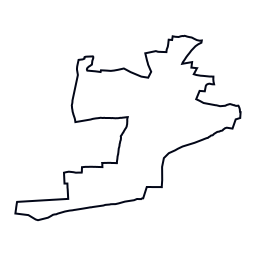 Kaua, Yucatán, Mexico
{"feature_id": "50627088B46621224657195", "entity_name": "Kaua", "entity_type": "district", "adm_level": 2, "iso_a3": "MEX", "parent_name": "Mexico", "parent_adm1": "Yucatán", "projection": "mercator", "projection_center": [-88.435, 20.599], "detail": "fine", "context": "isolated", "style": "outline", "palette": "ink", "viewbox_px": 256, "rotation_deg": 0, "n_neighbors": 0, "source": "geoboundaries", "source_scale": "gbopen_adm2", "svg_char_len": 4916}
<svg xmlns="http://www.w3.org/2000/svg" viewBox="0 0 256 256"><path d="M201.8,40.5L199.6,40.7L196.9,40.1L194.6,39.0L193.2,38.3L192.4,37.8L191.2,37.4L189.9,37.2L189.0,37.0L187.2,36.6L185.4,36.0L184.5,35.8L183.7,36.1L182.5,36.0L180.7,36.3L179.6,36.7L178.6,37.0L175.4,36.8L172.7,36.3L172.1,40.0L168.7,39.7L168.6,40.2L168.6,40.6L168.2,44.2L167.8,46.7L166.7,49.6L166.4,52.1L158.1,51.8L155.9,51.1L145.3,53.3L147.1,60.9L147.7,62.8L148.1,64.6L151.2,71.8L150.5,73.1L148.2,77.7L141.3,76.6L130.6,72.1L123.9,68.5L118.1,69.8L114.8,70.4L114.4,70.5L110.8,70.9L106.7,70.6L101.0,70.3L100.6,72.0L95.2,71.3L87.3,70.6L86.9,69.7L87.0,68.8L87.3,68.1L88.3,67.1L89.3,66.3L89.9,66.0L90.5,65.6L91.2,65.0L91.9,64.6L92.2,62.2L92.3,61.0L92.9,59.2L93.2,58.4L93.3,57.0L92.9,56.4L87.8,56.6L85.9,56.7L84.6,57.1L84.4,57.4L84.6,58.0L84.4,58.7L82.7,59.4L78.6,59.9L77.2,66.4L77.0,68.5L77.0,69.7L77.9,75.0L72.5,100.4L72.4,102.4L72.2,103.6L72.1,104.1L72.0,104.4L71.9,105.1L71.8,105.7L71.9,106.1L72.0,106.7L72.0,107.1L72.0,107.3L72.1,108.3L72.5,110.4L72.5,110.9L72.9,112.7L73.2,113.4L73.4,114.6L73.7,115.2L73.9,115.9L74.1,116.5L74.4,117.3L74.8,118.6L75.0,119.4L75.3,121.5L75.4,122.1L90.7,119.5L92.7,118.9L95.8,118.4L98.7,118.1L99.0,118.0L99.5,118.0L100.2,117.8L100.7,117.8L101.1,117.9L102.0,117.9L102.6,118.0L103.2,118.0L104.1,117.8L105.1,118.0L105.9,118.0L106.9,118.0L107.6,118.0L108.1,118.0L108.6,118.0L109.1,118.0L110.0,118.0L111.0,118.1L111.6,118.1L112.1,118.0L112.9,118.1L114.7,118.2L114.9,118.2L115.7,118.3L116.3,118.2L117.0,118.2L117.9,118.2L118.7,118.1L119.4,118.0L120.2,117.8L120.7,117.9L122.0,117.8L123.0,117.6L123.4,117.6L124.4,117.5L124.9,117.4L125.3,117.4L126.3,117.2L126.6,117.3L127.0,117.2L127.7,117.1L127.8,117.1L127.7,117.5L127.4,118.3L127.2,119.7L127.3,120.3L127.2,120.8L127.3,121.3L127.2,122.3L127.2,123.3L127.1,124.2L127.1,124.6L126.8,125.5L126.8,126.1L126.3,127.4L125.9,128.1L125.3,128.9L125.0,129.4L124.7,130.0L124.4,130.4L124.0,131.1L123.7,131.6L123.5,132.0L123.4,132.4L123.3,132.6L122.9,132.9L122.5,133.5L122.3,133.9L121.8,134.9L121.6,135.1L121.2,135.5L121.0,135.9L120.8,136.2L120.9,136.4L120.9,136.6L121.0,137.6L121.0,138.0L120.9,138.7L120.8,139.9L120.6,140.4L120.4,141.0L120.3,141.3L120.2,141.6L120.0,142.9L119.8,143.6L119.6,144.3L119.6,144.7L119.6,145.1L119.5,145.6L119.4,146.2L119.2,147.2L118.8,148.3L118.7,149.0L118.7,149.4L118.6,149.9L118.5,151.2L118.4,151.9L118.4,152.3L118.2,153.5L118.1,154.5L117.9,155.0L117.8,155.4L117.7,156.1L117.5,156.8L117.5,157.4L117.3,159.3L117.0,161.1L116.9,163.1L116.1,163.1L113.9,163.0L113.6,163.0L111.4,163.0L111.1,162.9L109.6,162.9L108.4,162.9L107.2,162.9L102.2,163.0L102.3,163.7L102.4,167.1L96.0,166.9L91.3,166.8L85.0,166.9L82.0,167.2L82.0,167.7L81.9,169.7L81.9,171.4L81.7,172.6L78.2,172.6L75.9,172.7L73.5,172.2L68.8,171.7L66.5,172.1L64.0,172.7L64.5,183.5L67.4,183.5L67.5,186.1L67.5,187.4L67.7,189.3L68.2,198.9L42.4,200.4L17.1,201.9L16.9,202.8L16.5,205.5L16.1,208.2L16.1,208.5L15.8,210.5L15.4,213.5L28.4,215.1L35.7,219.5L38.0,220.2L48.0,217.7L50.9,216.1L53.0,214.8L54.8,214.4L56.2,214.3L57.8,213.6L65.0,211.5L69.6,210.6L72.5,210.3L74.6,209.9L74.8,209.9L83.0,208.6L87.8,207.8L88.9,207.6L90.5,207.3L90.8,207.4L92.9,207.0L103.5,205.5L105.3,204.9L109.8,204.5L110.9,204.2L115.5,204.1L118.6,203.4L125.0,201.6L134.1,200.2L137.0,199.0L141.1,199.1L142.3,198.3L143.2,198.3L146.8,187.0L161.1,187.1L161.8,187.1L161.8,186.3L161.8,186.2L162.2,180.2L162.1,166.9L163.9,158.1L168.8,153.2L175.0,150.4L178.0,148.7L182.6,146.5L194.6,142.8L202.9,139.6L204.1,139.1L206.7,138.1L207.4,138.0L207.9,137.9L208.7,137.1L209.4,136.8L209.9,136.5L210.6,135.9L211.0,135.6L211.7,135.4L212.6,135.3L213.5,134.5L213.9,134.0L214.7,133.5L217.1,132.0L217.4,131.9L218.3,131.7L218.7,131.7L219.2,131.6L219.7,131.4L220.2,131.1L220.6,130.9L220.9,130.9L221.9,130.7L222.1,130.6L222.4,130.5L222.8,130.2L223.0,129.8L223.7,129.2L224.4,128.8L224.8,128.4L225.1,128.2L226.8,127.7L232.5,128.6L235.7,119.4L240.2,118.0L240.6,112.2L240.1,112.2L240.0,111.5L239.9,110.9L239.9,110.5L239.9,109.8L239.7,108.9L239.5,108.1L239.3,107.7L239.1,107.1L238.9,106.7L238.6,106.1L238.4,105.7L237.9,105.7L236.8,105.9L236.1,105.8L235.8,105.8L235.0,105.6L234.5,105.2L234.0,105.2L233.7,105.2L232.0,104.6L231.4,104.5L230.8,104.2L230.3,104.1L229.9,104.1L229.3,104.2L228.8,104.4L228.0,104.6L227.3,104.8L226.5,105.1L226.3,105.2L225.7,105.6L225.1,105.7L225.0,105.8L224.8,105.8L220.1,106.2L216.5,105.3L215.4,105.2L203.6,103.0L199.8,100.9L196.2,99.2L199.6,90.9L204.8,91.3L205.8,86.0L206.6,84.7L208.2,83.9L209.8,83.7L211.2,84.1L212.7,84.3L214.1,84.3L213.7,82.5L213.5,81.5L213.4,80.3L213.3,79.2L213.4,77.6L213.4,76.6L209.3,76.5L206.3,76.2L203.3,75.9L200.6,75.7L199.4,75.5L196.4,75.0L193.8,74.2L196.3,69.6L196.5,69.0L196.7,68.7L196.8,68.5L197.0,68.2L192.4,67.7L191.4,67.6L192.1,62.1L182.2,63.8L182.8,62.3L184.1,60.5L185.1,59.0L186.3,57.1L187.9,55.0L189.3,53.3L191.4,50.5L193.5,48.3L195.5,46.2L198.2,44.3L201.4,42.7L201.8,40.5Z" fill="none" stroke="#020617" stroke-width="2"/></svg>